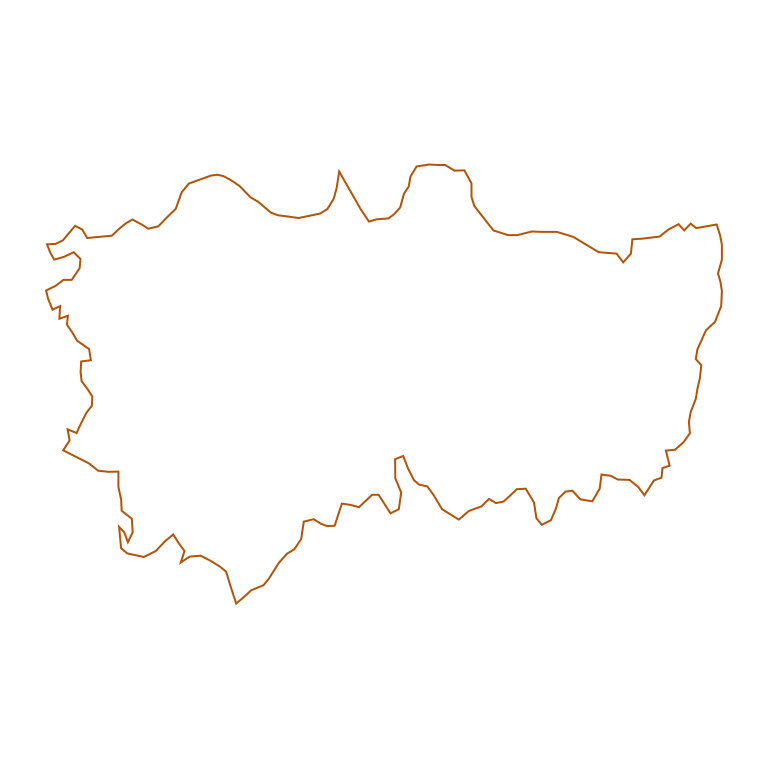 the district of Simolândia, Goiás, Brazil
{"feature_id": "56859067B65187776336731", "entity_name": "Simolândia", "entity_type": "district", "adm_level": 2, "iso_a3": "BRA", "parent_name": "Brazil", "parent_adm1": "Goiás", "projection": "equal_earth", "projection_center": [-46.59, -14.44], "detail": "fine", "context": "isolated", "style": "outline", "palette": "amber", "viewbox_px": 768, "rotation_deg": 0, "n_neighbors": 0, "source": "geoboundaries", "source_scale": "gbopen_adm2", "svg_char_len": 2678}
<svg xmlns="http://www.w3.org/2000/svg" viewBox="0 0 768 768"><path d="M644.4,495.3L649.8,486.9L654.0,480.4L661.5,477.7L662.5,468.0L669.6,465.7L665.9,450.6L675.1,449.7L683.5,442.2L689.9,433.3L688.9,422.0L690.6,412.3L695.8,398.8L697.6,387.9L699.8,378.5L701.3,365.1L695.8,359.1L697.4,349.4L706.0,330.2L715.0,321.9L721.2,306.1L721.9,291.0L720.4,281.7L718.0,273.4L721.9,259.6L721.9,244.8L720.2,235.7L716.7,224.5L696.1,228.1L690.7,223.6L684.2,230.4L678.6,224.2L668.3,229.6L659.5,236.6L642.0,238.7L632.4,239.3L630.9,253.6L623.2,262.4L616.6,253.6L598.7,252.2L573.3,236.9L557.0,231.9L542.5,231.9L531.9,231.5L517.2,235.1L507.9,235.1L493.4,230.4L474.3,206.0L471.5,196.8L471.5,183.4L464.4,170.4L454.4,170.6L445.2,165.0L438.2,165.0L429.0,164.5L416.6,166.5L410.5,176.5L408.7,186.6L404.0,193.6L400.2,207.4L394.0,214.3L388.5,218.4L376.6,219.3L369.0,221.6L360.5,208.9L339.2,171.5L336.7,187.7L333.8,198.6L327.5,208.9L320.0,213.6L298.7,218.0L277.8,215.2L270.7,212.5L258.3,201.9L250.6,197.4L239.8,186.2L231.8,180.7L223.6,176.2L217.4,174.7L210.9,175.6L188.9,183.5L181.7,192.2L175.7,208.9L165.7,218.6L158.4,226.3L148.2,228.7L141.7,224.5L132.4,219.5L126.2,223.1L119.7,228.3L111.8,235.7L104.2,236.4L87.2,238.0L82.3,229.6L75.1,225.8L63.0,240.2L55.6,243.9L47.0,244.3L50.3,252.7L54.2,259.6L63.8,256.9L73.7,252.2L80.5,259.0L79.6,268.2L71.7,279.9L63.4,279.9L55.6,285.8L46.1,290.5L48.1,298.7L52.5,309.7L60.1,306.1L59.4,318.7L67.9,315.8L66.9,324.6L72.0,332.0L77.2,340.8L89.1,349.1L90.9,360.2L81.2,361.5L80.6,372.1L81.6,381.2L88.2,390.0L92.3,396.5L91.9,405.7L86.5,412.7L80.6,424.2L76.6,433.0L67.6,429.4L69.6,440.4L63.2,450.4L74.4,456.0L88.9,463.4L98.1,470.7L108.4,471.8L118.4,471.6L118.4,486.9L121.1,499.3L121.7,510.8L131.8,518.7L132.7,532.2L127.9,542.2L124.2,532.2L119.1,527.0L121.1,548.2L127.2,553.4L143.8,557.0L155.8,551.0L165.3,541.0L173.2,534.5L179.1,543.7L184.5,551.0L180.8,562.5L189.6,556.6L200.7,555.7L209.5,560.2L219.5,566.3L226.1,571.7L230.8,587.0L236.2,603.5L244.3,596.7L251.3,590.2L263.5,585.2L268.8,578.7L279.1,562.5L287.0,553.7L294.3,549.3L301.2,539.0L303.8,521.6L313.7,519.2L321.1,523.9L327.2,526.1L334.7,525.7L337.8,516.0L341.9,503.6L350.5,504.9L359.0,507.2L372.1,494.8L378.6,494.8L390.5,513.3L398.8,509.2L401.2,492.5L395.3,478.3L395.1,459.2L403.2,456.0L408.0,468.4L413.9,480.1L419.1,484.6L427.3,486.4L433.4,494.8L442.1,509.2L458.8,519.6L468.8,511.0L481.5,506.3L489.0,498.9L495.9,503.1L503.4,501.6L510.0,495.7L516.8,489.2L525.7,488.7L534.0,502.5L536.4,518.2L541.8,524.8L551.0,520.1L555.9,508.6L558.9,498.0L565.5,491.6L572.4,490.7L580.2,499.3L592.3,501.3L599.7,488.7L601.5,474.5L610.7,475.8L617.7,479.5L629.5,479.9L638.2,486.9L644.4,495.3Z" fill="none" stroke="#b45309" stroke-width="2"/></svg>